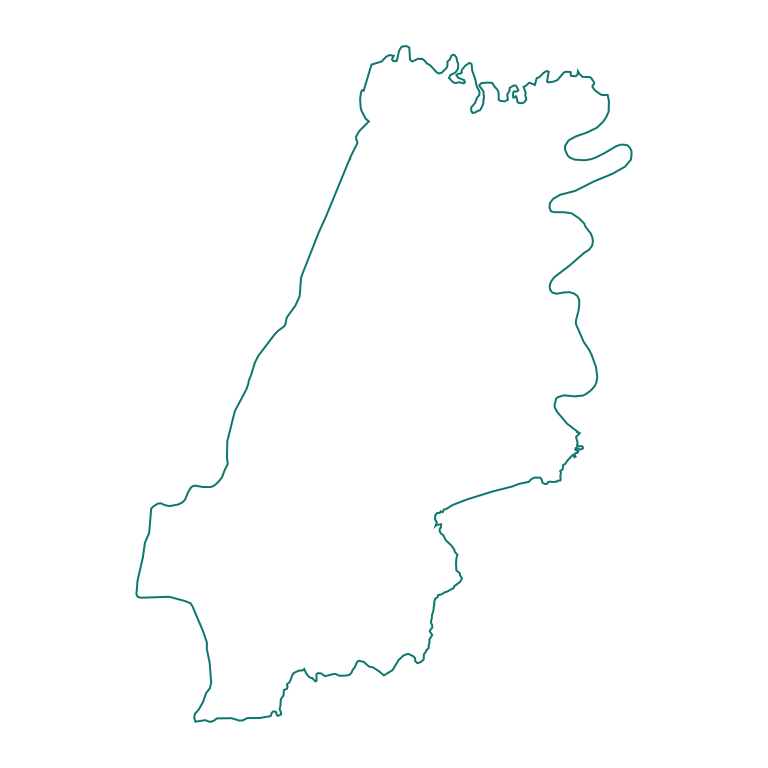 Nobol, Guayas, Ecuador
{"feature_id": "8360857B45537729635416", "entity_name": "Nobol", "entity_type": "district", "adm_level": 2, "iso_a3": "ECU", "parent_name": "Ecuador", "parent_adm1": "Guayas", "projection": "mercator", "projection_center": [-80.038, -1.965], "detail": "fine", "context": "isolated", "style": "outline", "palette": "teal", "viewbox_px": 768, "rotation_deg": 0, "n_neighbors": 0, "source": "geoboundaries", "source_scale": "gbopen_adm2", "svg_char_len": 5984}
<svg xmlns="http://www.w3.org/2000/svg" viewBox="0 0 768 768"><path d="M393.7,55.9L389.9,55.0L386.4,56.5L381.6,61.5L371.5,64.6L363.6,90.8L362.0,90.2L361.0,92.6L360.1,98.4L360.6,107.1L361.4,110.5L365.5,118.6L368.9,121.4L360.0,130.3L357.7,133.5L356.1,136.9L356.2,139.6L357.0,140.8L357.4,143.1L350.5,156.9L350.0,158.2L350.3,158.5L349.0,160.6L326.2,216.0L318.9,232.1L301.9,275.2L301.0,278.0L299.7,296.1L295.3,305.8L286.8,317.4L285.3,324.6L284.2,326.3L278.0,330.9L274.4,334.7L258.4,355.7L254.9,362.6L251.0,375.3L248.7,380.8L248.5,383.1L246.4,389.3L234.8,411.2L227.3,441.3L227.0,458.0L227.8,463.8L224.6,470.3L222.1,477.1L219.6,480.5L216.2,484.0L213.2,486.1L210.4,487.1L203.0,487.0L195.0,485.6L192.7,486.2L191.0,487.5L188.2,492.1L185.1,499.5L183.0,502.0L180.7,503.3L177.8,504.6L169.6,506.1L164.7,505.1L160.8,503.3L158.6,503.5L156.9,504.1L152.9,506.8L151.2,508.6L149.2,532.8L144.9,542.9L142.9,557.4L137.6,580.3L136.4,594.0L137.1,595.9L138.4,597.2L141.3,597.7L169.2,596.8L184.2,600.8L190.3,603.1L192.4,606.1L203.5,632.4L206.9,642.7L206.8,649.0L209.7,663.0L211.2,682.7L209.8,688.3L206.1,693.2L203.0,702.0L198.9,709.3L194.9,713.9L194.2,717.8L195.5,721.7L205.3,720.2L210.0,721.9L213.5,720.9L217.0,718.4L231.6,718.2L239.4,720.6L243.0,720.3L247.2,718.1L259.4,718.0L269.9,716.3L271.0,715.5L271.7,712.9L273.3,711.4L276.0,711.9L277.0,715.4L277.9,715.8L279.1,715.4L281.1,714.4L280.9,712.2L279.6,709.1L280.4,706.0L280.8,699.3L283.5,695.5L283.9,690.1L287.0,688.7L287.6,686.4L286.8,685.1L287.0,684.3L289.8,681.9L292.5,674.7L293.7,673.0L298.6,670.7L302.7,670.4L304.2,669.0L306.2,673.3L308.8,676.7L310.8,677.9L312.1,678.0L315.4,681.4L316.6,680.6L316.4,674.9L316.9,673.7L317.7,673.2L320.9,673.3L325.0,676.2L333.6,674.0L335.9,674.1L339.4,675.8L346.4,675.5L349.4,674.9L351.4,672.9L352.8,669.7L354.7,667.5L356.5,663.1L357.9,661.3L359.1,660.8L363.7,661.9L369.1,666.6L373.2,667.5L379.6,671.7L383.9,675.4L392.6,670.1L398.7,659.9L403.6,655.4L408.1,653.8L412.8,656.0L415.0,658.0L415.3,661.3L417.5,663.2L420.8,662.0L423.7,659.5L423.9,654.3L425.8,651.9L426.0,650.8L428.5,648.2L428.9,644.2L429.5,643.1L429.4,639.5L432.2,635.1L429.8,631.3L430.1,630.1L432.2,627.8L432.2,625.3L431.2,623.1L431.0,621.1L431.8,618.5L432.0,615.0L433.5,610.3L433.8,606.3L434.4,604.5L434.1,602.9L435.1,598.9L437.7,597.0L438.1,595.2L441.8,594.2L444.6,592.3L446.7,591.8L453.7,588.0L454.3,586.2L460.1,581.9L462.0,578.2L460.0,575.3L459.8,573.3L456.4,570.4L456.0,562.7L456.5,557.7L457.4,554.7L454.8,551.9L454.3,549.6L451.2,545.3L445.9,540.4L443.4,535.5L441.0,533.5L439.7,531.4L439.7,528.9L440.8,527.6L441.1,524.3L436.7,524.9L435.6,525.9L436.8,522.2L435.1,519.6L435.2,515.5L437.1,513.1L440.0,512.8L440.7,511.3L442.7,512.1L444.0,509.5L446.9,508.6L452.8,504.9L468.0,499.1L492.8,491.4L512.2,486.5L518.9,483.9L528.9,481.8L531.0,479.4L534.3,477.6L540.3,477.7L541.9,480.0L542.1,481.9L543.1,483.1L545.4,484.1L547.4,483.7L547.7,482.3L550.0,481.6L552.2,482.0L556.8,481.7L557.4,480.8L560.3,480.5L560.7,479.4L560.3,476.9L560.9,472.5L560.2,471.0L562.7,469.3L563.2,465.0L565.3,463.9L567.3,460.7L572.4,455.2L572.9,455.1L574.5,457.2L575.6,456.7L574.4,454.4L574.8,453.5L577.6,452.7L578.2,451.3L575.3,449.7L575.6,448.2L576.3,447.8L579.7,449.6L582.3,448.9L583.0,448.0L582.5,446.6L581.9,446.2L578.0,446.3L577.0,445.5L577.6,442.6L576.0,437.1L579.7,433.2L577.4,432.2L577.7,431.8L567.3,423.9L557.1,411.8L554.8,407.5L554.5,405.5L556.2,398.5L557.6,397.3L564.0,395.3L574.6,396.4L583.2,395.5L586.6,393.7L591.1,390.2L594.5,386.3L596.3,382.7L597.3,377.2L596.0,367.1L591.6,354.8L589.3,350.1L583.7,341.9L576.0,324.2L575.9,320.7L578.6,310.3L579.2,304.7L579.2,299.8L577.2,295.8L574.1,293.6L569.7,292.2L564.2,292.4L556.9,293.7L553.6,293.1L551.9,292.1L550.3,290.0L549.7,287.7L550.0,284.3L551.4,281.1L554.5,277.0L569.5,265.6L584.1,252.9L589.4,249.5L592.3,245.3L592.9,240.9L592.4,237.7L590.7,233.4L585.6,226.9L584.1,223.4L578.9,218.2L571.5,213.3L565.0,212.3L553.6,212.1L551.0,211.3L549.5,207.6L549.9,203.2L553.1,198.9L560.1,194.8L575.1,190.9L594.2,181.3L612.4,173.8L625.0,166.7L630.9,159.6L631.6,154.4L631.4,151.0L630.1,148.0L627.6,145.4L624.1,144.7L620.5,144.7L616.0,146.3L604.7,153.0L596.1,157.3L591.5,159.1L584.7,160.3L574.6,159.6L569.8,157.6L567.5,155.2L565.0,149.6L565.1,145.8L568.6,140.4L575.8,136.4L586.8,132.6L596.9,127.7L603.3,121.5L606.2,117.1L608.7,111.5L608.9,100.7L607.6,94.9L602.6,95.1L600.8,94.5L596.9,91.8L594.3,89.7L592.5,87.0L592.6,85.4L594.0,84.2L594.1,82.5L591.3,78.1L589.7,77.0L582.6,76.9L579.6,74.0L577.9,71.2L577.5,74.7L575.6,76.2L571.2,76.0L570.5,74.0L570.8,72.7L570.5,72.0L565.9,71.8L563.9,72.4L557.5,80.0L553.7,81.6L549.0,82.3L547.7,82.2L547.0,81.4L548.7,71.8L547.5,71.1L546.0,71.3L543.2,73.2L539.4,77.2L536.7,78.1L534.9,84.9L529.7,82.8L528.9,82.9L525.7,86.0L523.6,86.8L525.7,93.2L525.3,95.8L526.1,97.6L526.2,99.9L524.0,102.5L521.9,103.1L519.3,103.1L517.7,102.3L516.4,96.8L515.8,96.2L514.8,97.4L513.3,97.6L513.0,95.0L513.4,92.0L514.2,91.5L517.2,91.4L518.4,90.3L516.4,86.2L515.4,85.4L513.5,85.6L509.7,87.9L509.4,91.0L507.2,94.6L507.9,99.8L504.3,101.4L500.1,100.8L498.7,99.7L498.6,92.9L498.2,91.4L496.9,89.0L494.8,87.0L492.5,83.4L491.6,82.8L487.4,82.6L481.4,83.1L479.4,85.1L479.4,85.8L483.4,91.4L484.0,97.9L483.4,99.4L483.4,103.1L482.1,106.6L480.1,110.1L477.3,111.1L475.6,112.4L472.5,112.9L471.2,110.6L471.2,107.5L475.1,102.9L477.0,97.7L479.1,95.3L479.5,94.0L479.4,91.5L476.8,86.4L475.2,79.1L472.2,70.5L471.6,64.2L470.2,63.0L468.7,63.3L465.2,65.8L462.0,69.7L461.5,71.3L461.8,72.8L460.9,73.4L457.9,73.9L456.4,75.3L458.2,77.7L464.2,80.2L464.9,82.5L463.4,83.3L459.2,82.2L456.5,82.9L454.3,82.9L452.5,81.7L449.0,78.0L450.4,75.0L455.3,72.6L457.6,69.5L458.1,67.9L458.2,63.9L457.1,61.1L456.5,57.5L454.5,55.1L453.0,54.8L451.5,55.6L449.6,59.8L447.5,61.5L447.4,66.1L446.6,67.8L441.8,72.7L438.8,73.5L436.5,72.2L430.2,65.3L426.8,63.4L424.7,60.7L422.4,59.0L417.8,58.8L412.4,61.5L410.6,60.4L410.0,59.4L409.3,47.6L406.7,46.1L401.8,46.6L400.3,48.6L399.0,51.0L397.1,59.7L396.3,61.2L393.3,61.0L392.1,59.8L392.4,58.0L393.7,55.9Z" fill="none" stroke="#0f766e" stroke-width="2"/></svg>